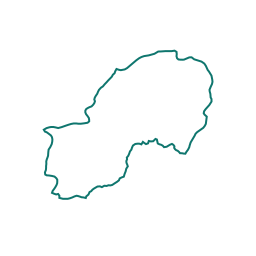 outline of Água Comprida, Minas Gerais, Brazil, rotated 234°
{"feature_id": "56859067B41849798553988", "entity_name": "Água Comprida", "entity_type": "district", "adm_level": 2, "iso_a3": "BRA", "parent_name": "Brazil", "parent_adm1": "Minas Gerais", "projection": "equal_earth", "projection_center": [-48.089, -19.997], "detail": "fine", "context": "isolated", "style": "outline", "palette": "teal", "viewbox_px": 256, "rotation_deg": 234, "n_neighbors": 0, "source": "geoboundaries", "source_scale": "gbopen_adm2", "svg_char_len": 2803}
<svg xmlns="http://www.w3.org/2000/svg" viewBox="0 0 256 256"><g transform="rotate(234 128 128)"><path d="M182.5,153.4L181.4,151.0L180.2,149.3L180.0,147.1L179.0,145.0L178.5,142.2L178.1,139.9L177.6,137.6L177.1,134.8L176.4,132.1L176.5,129.8L175.9,126.9L174.8,124.8L173.8,123.3L173.0,121.0L172.1,119.0L170.9,117.5L169.1,117.0L168.0,115.5L167.3,113.6L166.9,111.2L167.5,109.1L167.8,107.3L167.9,105.4L167.2,103.8L165.8,102.7L163.8,102.2L161.5,102.3L159.1,102.2L157.5,101.4L156.2,100.5L156.0,98.4L157.6,95.2L159.2,92.3L160.6,90.4L162.0,88.9L163.6,86.7L164.7,84.4L165.6,81.8L166.3,79.6L166.9,77.6L167.7,74.9L169.0,71.5L171.1,69.7L172.8,68.1L174.0,66.4L174.8,64.8L175.8,62.0L176.1,58.9L173.9,58.7L172.4,59.7L170.6,60.3L168.6,60.9L167.2,61.3L165.3,61.1L163.3,60.2L161.5,58.7L159.8,56.8L158.2,53.8L157.2,51.1L155.5,49.5L154.2,48.4L152.5,47.0L151.3,45.3L150.4,43.9L149.1,42.3L146.9,40.8L145.4,39.4L143.9,38.3L142.3,36.9L140.9,34.7L139.0,33.7L137.5,34.4L136.0,36.2L133.9,38.3L131.9,40.0L129.5,40.5L127.8,40.4L126.5,39.5L124.9,38.2L123.8,36.5L122.8,34.3L122.1,32.4L121.4,30.1L120.2,28.4L118.2,29.6L116.5,30.8L115.7,32.7L113.6,32.7L111.8,31.4L110.6,32.4L108.9,33.8L107.4,35.9L106.1,37.7L105.3,39.7L104.6,42.0L104.1,44.5L103.4,46.6L102.2,47.7L100.7,48.8L99.3,49.7L98.0,51.2L96.2,52.7L97.2,54.0L97.4,56.9L98.8,59.3L98.5,61.1L99.0,63.0L99.0,65.0L98.8,67.0L98.6,68.9L97.3,71.0L95.5,72.1L95.2,74.9L93.7,76.6L93.1,78.6L91.9,80.0L91.2,81.8L91.1,84.4L90.9,87.6L91.0,89.9L92.1,91.7L91.7,94.0L91.1,96.0L92.8,98.2L94.3,100.6L96.1,102.7L97.1,105.3L99.0,105.9L100.7,106.3L102.2,107.2L103.3,108.9L104.8,109.7L105.3,111.8L106.6,114.0L107.9,115.8L108.5,118.0L109.7,119.6L110.9,121.7L110.8,124.5L109.6,126.7L108.5,128.1L106.9,129.2L108.0,131.9L106.5,132.3L104.4,133.1L103.8,135.2L105.3,137.2L103.7,138.6L102.5,140.6L103.0,143.8L101.7,144.6L100.1,143.9L98.0,143.0L96.4,143.8L95.2,144.8L93.4,145.7L91.3,145.9L90.1,148.3L89.8,152.1L89.3,154.2L87.7,154.8L85.9,154.8L84.8,153.7L83.3,153.6L81.8,153.9L80.4,154.8L78.7,155.2L77.0,155.3L75.8,156.9L74.6,158.0L73.5,159.3L74.4,161.3L75.1,163.6L76.4,166.2L77.6,167.6L79.5,170.2L82.6,177.4L83.6,179.2L84.0,181.4L83.9,189.0L84.6,191.4L85.6,193.4L90.9,198.4L93.9,197.8L95.4,197.9L96.8,199.4L97.6,201.8L98.8,207.3L100.3,211.1L102.4,212.6L104.1,212.8L107.2,214.7L109.4,215.5L111.0,216.4L112.7,219.1L114.2,221.8L115.7,223.5L117.6,224.6L121.3,226.3L126.1,226.7L128.1,226.6L132.5,227.5L135.3,227.6L138.5,226.5L144.7,221.9L147.8,221.0L149.1,219.1L150.4,213.5L151.3,212.1L152.7,210.3L153.8,209.1L155.5,208.7L157.5,209.4L159.2,210.9L161.1,212.0L163.2,211.1L164.7,208.2L166.5,205.8L168.1,203.6L170.6,199.6L172.1,197.4L172.5,193.0L174.6,187.4L176.7,183.3L177.5,180.7L177.9,178.1L177.9,174.5L177.0,162.5L177.3,159.8L179.0,156.2L180.5,154.8L182.5,153.4Z" fill="none" stroke="#0f766e" stroke-width="2"/></g></svg>